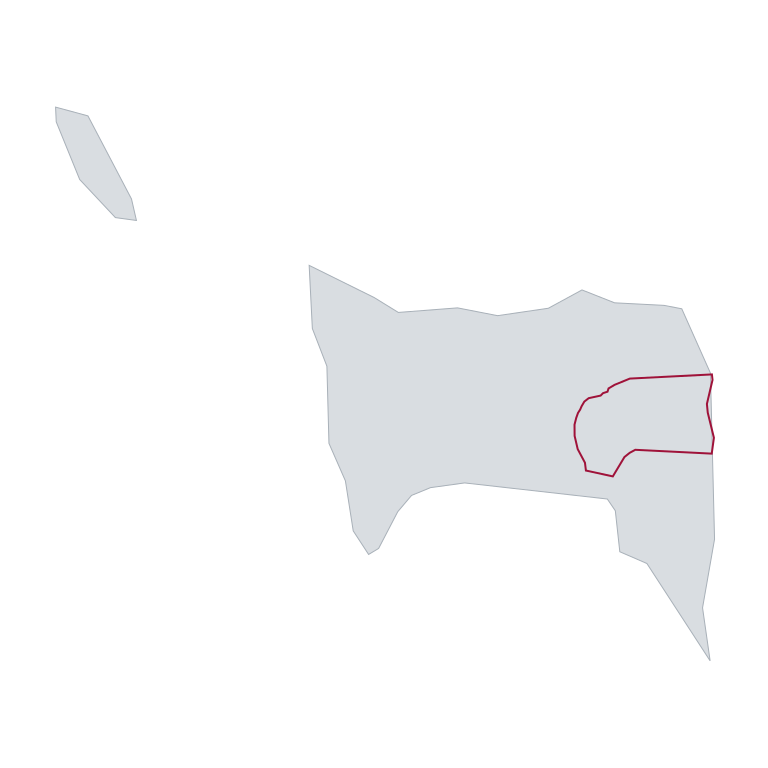 Princes Town on a map of Trinidad and Tobago (Equal Earth projection), rotated 271°
{"feature_id": "TTO-57", "entity_name": "Princes Town", "entity_type": "Region", "adm_level": 1, "iso_a3": "TTO", "parent_name": "Trinidad and Tobago", "parent_adm1": "", "projection": "equal_earth", "projection_center": [-61.291, 10.201], "detail": "fine", "context": "in_parent", "style": "outline", "palette": "rose", "viewbox_px": 768, "rotation_deg": 271, "n_neighbors": 0, "source": "natural_earth", "source_scale": "10m", "svg_char_len": 1017}
<svg xmlns="http://www.w3.org/2000/svg" viewBox="0 0 768 768"><g transform="rotate(271 384 384)"><path d="M464.4,680.4L400.6,710.2L234.6,717.2L165.8,706.4L112.9,714.9L209.1,650.0L220.4,622.7L261.3,617.5L272.9,609.3L286.5,466.3L281.2,432.3L273.1,413.5L256.6,400.0L219.5,381.5L213.3,371.6L236.6,355.8L286.5,347.1L323.7,330.0L400.8,326.6L438.2,311.4L501.3,307.1L470.3,372.6L455.8,397.1L461.4,456.2L454.3,496.3L462.6,547.0L481.5,580.3L469.2,613.1L467.5,662.6L464.4,680.4ZM564.6,128.3L543.2,133.6L545.7,112.5L583.1,76.2L640.4,51.7L655.1,50.8L646.9,83.3L564.6,128.3Z" fill="#d9dde1" stroke="#a8b0b8" stroke-width="1"/><path d="M399.3,711.7L393.8,712.4L369.7,707.2L361.0,708.2L336.0,714.8L320.1,712.9L322.6,636.4L319.5,630.9L315.2,625.7L295.6,614.4L301.0,587.4L308.8,586.3L322.3,578.8L335.4,575.5L346.7,575.2L353.5,576.8L358.5,578.5L361.9,580.6L365.1,581.9L369.9,584.6L373.4,588.9L376.2,600.8L378.7,603.2L380.2,607.6L383.5,608.6L387.2,614.6L393.7,629.7L399.3,711.7Z" fill="none" stroke="#9f1239" stroke-width="2"/></g></svg>